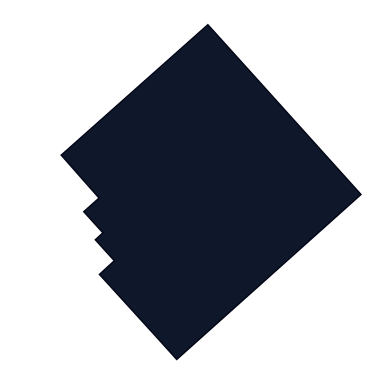 outline of Hancock, Ohio, United States of America, rotated 138°
{"feature_id": "52423323B63270252094254", "entity_name": "Hancock", "entity_type": "district", "adm_level": 2, "iso_a3": "USA", "parent_name": "United States of America", "parent_adm1": "Ohio", "projection": "robinson", "projection_center": [-83.556, 40.993], "detail": "fine", "context": "isolated", "style": "filled", "palette": "ink", "viewbox_px": 384, "rotation_deg": 138, "n_neighbors": 0, "source": "geoboundaries", "source_scale": "gbopen_adm2", "svg_char_len": 321}
<svg xmlns="http://www.w3.org/2000/svg" viewBox="0 0 384 384"><g transform="rotate(138 192 192)"><path d="M315.4,77.8L68.1,77.1L68.2,239.7L68.3,305.7L264.5,306.9L265.1,249.7L285.6,249.8L285.5,221.3L295.8,221.2L295.7,192.9L315.9,192.7L315.4,101.8L315.4,77.8Z" fill="#0f172a" stroke="#020617" stroke-width="1.5"/></g></svg>